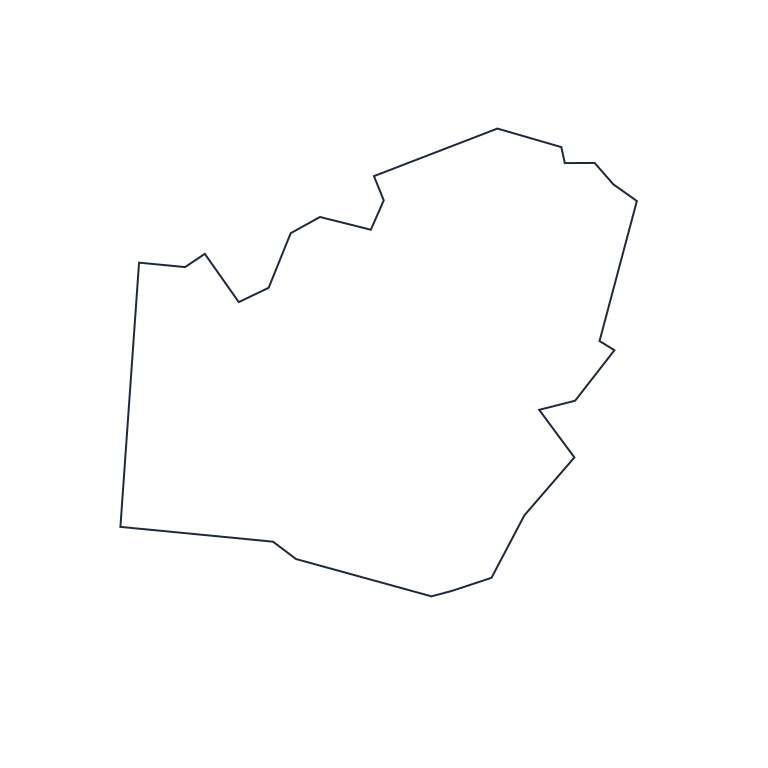 the district of Lee, Kentucky, United States of America, rotated 165°
{"feature_id": "52423323B5871014631104", "entity_name": "Lee", "entity_type": "district", "adm_level": 2, "iso_a3": "USA", "parent_name": "United States of America", "parent_adm1": "Kentucky", "projection": "natural_earth1", "projection_center": [-83.751, 37.602], "detail": "fine", "context": "isolated", "style": "outline", "palette": "slate", "viewbox_px": 768, "rotation_deg": 165, "n_neighbors": 0, "source": "geoboundaries", "source_scale": "gbopen_adm2", "svg_char_len": 512}
<svg xmlns="http://www.w3.org/2000/svg" viewBox="0 0 768 768"><g transform="rotate(165 384 384)"><path d="M92.4,495.3L110.8,517.5L123.3,543.0L152.2,550.6L151.4,566.9L208.4,601.4L339.9,587.4L336.7,561.5L356.8,536.4L402.7,561.9L435.1,553.8L470.5,506.8L503.1,500.7L523.4,556.1L545.9,548.4L589.2,564.6L675.6,314.2L532.0,260.4L514.3,237.7L393.1,166.6L371.6,166.6L330.3,169.0L282.4,220.8L219.1,263.8L240.8,318.9L203.7,318.4L152.7,357.0L164.7,369.7L92.4,495.3Z" fill="none" stroke="#1e293b" stroke-width="2"/></g></svg>